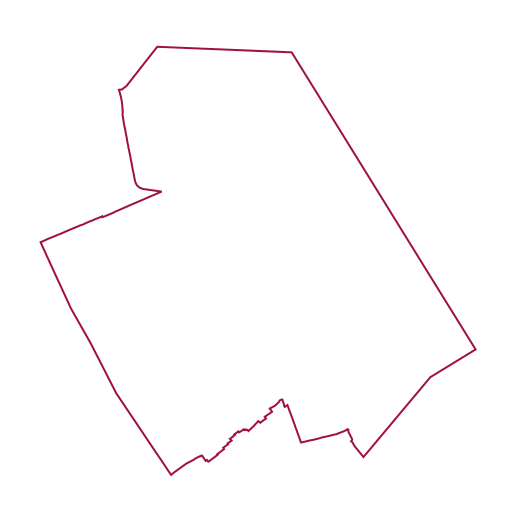 the district of Drechterland, Noord-Holland, Netherlands, rotated 267°
{"feature_id": "6326949B42613420061544", "entity_name": "Drechterland", "entity_type": "district", "adm_level": 2, "iso_a3": "NLD", "parent_name": "Netherlands", "parent_adm1": "Noord-Holland", "projection": "orthographic", "projection_center": [5.149, 52.656], "detail": "fine", "context": "isolated", "style": "outline", "palette": "rose", "viewbox_px": 512, "rotation_deg": 267, "n_neighbors": 0, "source": "geoboundaries", "source_scale": "gbopen_adm2", "svg_char_len": 5448}
<svg xmlns="http://www.w3.org/2000/svg" viewBox="0 0 512 512"><g transform="rotate(267 256 256)"><path d="M151.2,470.4L212.9,436.5L313.0,381.6L394.5,336.9L457.5,302.3L470.1,168.3L432.5,135.5L430.2,132.0L429.3,131.0L429.2,127.8L421.4,129.6L421.1,129.5L420.0,129.7L418.6,129.9L417.0,130.1L416.1,130.2L415.5,130.2L413.9,130.3L413.3,130.3L411.0,130.4L409.4,130.4L408.8,130.4L408.6,130.4L408.4,130.4L408.2,130.4L408.2,130.5L407.9,130.5L407.0,130.5L406.7,130.5L406.4,130.5L405.9,130.3L405.3,130.2L405.0,130.2L404.7,130.1L403.3,130.2L402.9,130.2L402.1,130.3L400.4,130.5L399.1,130.6L398.2,130.7L396.9,130.8L396.4,130.9L396.1,130.9L395.1,131.0L392.0,131.5L388.5,132.0L382.8,132.8L380.6,133.1L378.3,133.3L376.5,133.6L375.9,133.6L374.6,133.8L372.9,134.1L372.2,134.2L371.6,134.2L371.2,134.2L370.2,134.4L369.3,134.6L367.3,134.9L366.0,135.0L365.6,135.1L364.9,135.3L363.3,135.5L361.1,135.8L359.0,136.0L357.7,136.2L356.1,136.5L355.9,136.6L354.2,136.7L352.9,136.9L352.7,136.8L351.6,137.1L350.4,137.2L350.2,137.2L343.8,138.2L340.8,138.6L338.0,139.0L337.3,139.1L336.8,139.2L336.6,139.3L335.8,139.5L334.7,139.9L333.7,140.4L332.7,140.9L331.1,142.5L330.4,143.4L330.0,143.9L329.9,144.2L329.8,144.5L329.7,144.6L329.4,145.5L329.1,146.1L328.9,146.6L328.8,147.0L328.5,148.2L328.3,149.7L327.8,152.1L327.6,153.0L327.3,154.8L326.8,157.1L326.7,157.7L326.3,159.8L325.9,161.9L325.5,163.8L325.3,165.2L312.9,131.7L309.2,122.0L307.4,117.0L306.9,116.3L306.7,115.9L303.7,107.5L302.8,104.7L303.2,104.6L303.7,104.5L303.1,103.0L302.9,102.4L302.7,101.9L302.4,101.0L302.0,99.7L301.5,98.4L301.4,97.9L301.3,97.6L301.0,96.9L300.3,95.1L299.9,93.8L298.6,90.0L298.3,89.3L297.6,87.4L297.1,86.3L297.0,86.1L296.6,85.1L296.4,84.5L296.3,84.2L296.3,83.9L296.2,83.6L296.0,82.9L295.4,81.0L294.7,79.1L294.5,78.8L294.2,77.7L293.3,75.2L292.2,72.1L291.6,70.5L290.9,68.7L290.8,68.3L289.9,65.9L289.5,64.8L289.1,63.9L287.9,60.4L287.8,60.1L287.5,59.2L287.4,58.9L287.2,58.4L287.0,57.8L286.7,57.3L286.4,56.2L286.3,55.9L286.3,55.7L286.0,55.0L285.7,54.2L285.2,52.8L285.0,52.2L284.4,50.4L283.7,48.4L283.3,47.5L282.7,46.0L282.4,45.2L282.1,44.5L281.8,43.6L281.6,43.0L281.3,42.4L281.1,41.6L280.8,41.7L280.0,42.0L279.7,42.2L276.9,43.2L273.4,44.6L271.7,45.3L270.7,45.7L269.4,46.2L268.1,46.7L267.0,47.1L266.6,47.3L266.1,47.5L265.7,47.6L263.3,48.6L261.3,49.4L261.0,49.5L260.8,49.5L260.6,49.7L260.3,49.8L258.7,50.4L254.5,52.1L253.5,52.5L252.6,52.8L251.5,53.2L250.4,53.7L248.5,54.4L247.5,54.8L246.7,55.2L246.1,55.4L241.8,57.1L237.7,58.8L235.8,59.5L233.1,60.6L222.0,65.0L217.0,67.0L213.0,68.6L177.8,86.2L139.8,103.2L126.5,109.1L125.5,109.7L106.1,121.3L90.9,130.4L77.8,138.2L65.3,145.7L56.7,150.9L49.1,155.4L43.4,158.8L42.8,159.2L41.9,159.8L42.1,160.0L44.4,163.2L44.8,163.7L45.0,164.2L46.7,166.9L46.9,167.2L47.3,167.7L48.2,169.2L48.8,170.1L49.2,170.8L49.4,171.0L50.0,171.9L51.4,174.1L52.7,176.2L53.1,177.1L53.3,177.7L53.4,177.9L53.4,178.0L53.8,178.8L54.3,179.9L55.9,183.4L56.0,183.5L56.2,183.8L56.8,184.4L56.9,184.5L57.0,185.0L57.9,186.9L58.2,187.7L58.4,188.1L58.6,188.6L59.0,189.5L58.7,189.6L59.1,190.5L59.6,191.4L59.6,191.5L59.3,191.9L59.0,192.1L56.7,193.4L55.4,194.2L54.0,195.0L54.2,195.3L54.9,196.3L53.1,197.5L53.2,197.9L56.3,202.6L59.5,207.3L59.6,207.2L59.8,207.1L60.1,206.9L60.2,207.0L61.0,208.3L63.1,211.4L64.8,214.0L66.2,213.2L67.9,215.8L69.6,218.4L70.4,217.9L71.0,218.9L71.2,219.2L71.7,220.2L72.3,221.0L72.9,222.0L74.8,220.4L76.0,222.2L76.9,223.7L77.1,224.0L77.3,224.1L77.6,224.1L77.8,224.4L78.0,224.9L78.4,225.6L79.0,225.1L79.4,225.6L80.2,226.8L80.6,227.4L81.0,228.1L81.8,229.2L80.7,229.9L81.5,231.3L83.3,234.6L83.5,234.5L83.6,234.8L82.8,235.3L83.1,235.9L83.0,236.0L83.2,236.5L82.7,237.0L82.8,237.3L83.0,237.5L82.9,237.7L82.8,237.8L82.7,237.9L82.7,238.0L82.9,238.2L82.9,238.3L81.6,239.3L82.0,239.7L83.8,241.9L85.6,244.0L85.9,244.3L86.4,245.0L86.5,245.1L87.4,246.0L88.1,246.6L91.0,249.7L89.2,251.6L89.4,251.9L89.7,252.1L89.9,252.4L90.7,253.6L91.9,255.5L93.1,257.5L95.0,256.3L95.6,257.4L96.8,259.3L99.6,263.9L103.0,261.7L103.2,262.1L103.3,262.4L103.7,263.4L104.2,264.5L104.6,265.4L105.1,266.4L105.6,267.1L106.0,267.8L106.3,268.1L107.0,268.9L107.5,269.5L108.7,270.9L109.3,271.4L109.9,271.7L110.4,272.1L110.7,272.4L110.9,272.8L111.1,273.7L111.3,274.8L104.7,276.6L104.6,276.4L103.8,276.9L105.5,279.6L105.2,279.7L104.9,279.8L104.1,280.0L103.3,280.3L101.7,280.7L101.3,280.9L101.0,280.9L100.8,281.0L99.4,281.4L98.9,281.6L98.3,281.8L98.0,281.9L97.4,282.1L97.0,282.3L95.5,282.7L93.5,283.3L92.7,283.6L92.1,283.8L91.6,283.9L91.3,284.0L90.7,284.2L88.3,284.9L87.9,285.0L86.9,285.3L86.6,285.4L85.0,285.9L84.6,286.0L83.9,286.2L83.1,286.4L82.8,286.5L82.6,286.5L82.3,286.6L81.8,286.8L79.8,287.5L77.3,288.2L69.7,290.5L68.1,290.9L67.4,291.2L67.6,293.0L67.8,294.1L68.1,295.5L68.4,297.0L68.5,297.6L68.8,299.3L69.0,300.3L69.4,303.2L69.7,305.1L70.1,306.9L70.3,308.2L71.4,312.7L71.6,313.8L71.9,316.1L72.2,317.8L72.4,318.9L72.9,321.5L73.1,322.2L73.3,323.7L73.4,324.1L73.5,324.6L73.7,326.2L73.7,326.5L73.8,326.9L73.9,327.3L74.0,327.6L74.2,327.9L74.3,328.3L74.8,329.5L74.9,329.9L75.2,331.0L75.6,332.0L75.7,332.3L75.9,333.0L76.0,333.4L76.2,334.0L76.3,334.3L77.1,336.1L77.1,336.3L77.3,336.8L77.5,337.2L77.7,337.5L77.9,337.7L78.2,338.1L78.3,338.2L78.3,338.3L78.0,338.7L77.7,339.2L77.2,339.1L76.6,339.0L76.2,339.1L75.6,339.1L75.2,339.2L74.8,339.4L73.7,339.8L73.4,340.1L68.0,342.4L67.8,342.4L67.6,342.4L67.3,342.3L67.0,342.1L66.1,341.3L65.1,342.4L61.0,344.5L49.6,352.8L125.9,423.8L151.2,470.4Z" fill="none" stroke="#9f1239" stroke-width="2"/></g></svg>